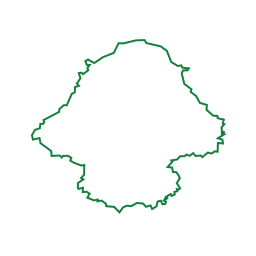 Niquelândia, Goiás, Brazil, rotated 256°
{"feature_id": "56859067B74347687332903", "entity_name": "Niquelândia", "entity_type": "district", "adm_level": 2, "iso_a3": "BRA", "parent_name": "Brazil", "parent_adm1": "Goiás", "projection": "equal_earth", "projection_center": [-48.44, -14.478], "detail": "medium", "context": "isolated", "style": "outline", "palette": "green", "viewbox_px": 256, "rotation_deg": 256, "n_neighbors": 0, "source": "geoboundaries", "source_scale": "gbopen_adm2", "svg_char_len": 1839}
<svg xmlns="http://www.w3.org/2000/svg" viewBox="0 0 256 256"><g transform="rotate(256 128 128)"><path d="M211.1,157.0L211.2,144.1L212.5,139.4L204.3,132.3L202.8,120.8L199.2,111.0L204.1,105.7L203.2,102.8L199.1,103.4L198.4,106.1L196.1,103.1L193.6,103.4L191.1,97.3L192.9,96.3L193.1,93.5L187.8,93.9L183.6,89.2L180.8,90.6L180.6,86.6L175.5,85.0L174.7,81.7L164.8,74.0L165.7,71.4L163.0,66.0L160.3,65.0L156.1,47.9L153.9,48.2L152.6,46.8L153.3,44.0L149.2,42.5L148.6,37.3L144.4,33.1L139.8,33.0L139.6,39.7L134.5,39.4L124.2,47.9L119.4,47.1L117.8,55.1L115.4,56.5L116.6,58.0L115.6,62.9L112.8,65.8L110.4,64.1L107.5,67.0L102.9,73.6L102.7,76.6L93.2,74.1L90.8,70.4L88.9,72.2L86.7,66.1L82.4,65.0L80.9,65.2L80.9,69.8L76.8,68.6L76.2,72.3L73.6,74.9L70.2,71.7L66.0,77.5L65.9,81.2L64.3,80.6L63.9,84.9L59.6,88.4L57.4,88.0L54.8,95.5L48.2,99.3L52.2,104.0L52.9,108.0L51.4,112.1L53.1,118.5L51.1,124.3L47.2,126.4L47.4,131.1L43.5,131.8L45.1,136.7L49.5,139.0L49.5,142.3L45.7,143.0L45.3,145.8L47.1,147.0L48.9,145.3L50.3,149.2L51.5,148.9L50.8,147.0L52.0,148.0L53.6,153.5L51.6,153.8L52.1,157.2L54.8,157.6L54.7,160.5L56.9,160.6L56.0,162.7L57.1,163.9L62.7,162.0L66.8,166.2L71.0,165.3L73.5,164.1L74.4,161.0L78.9,161.2L80.6,157.1L84.7,163.0L86.0,162.3L85.6,168.2L88.0,171.7L86.9,176.2L88.1,178.3L86.1,181.1L87.9,185.1L84.5,186.8L83.7,192.0L81.7,193.0L84.9,199.5L83.0,203.0L84.4,206.4L83.3,209.2L91.7,211.6L90.0,216.4L93.9,216.8L96.3,212.7L98.5,219.6L99.2,217.6L100.8,217.9L100.4,220.8L102.0,218.3L106.0,218.9L108.4,222.4L109.3,221.0L113.0,223.0L115.8,217.4L118.1,217.7L119.3,213.7L126.6,208.6L131.3,210.1L135.0,203.8L142.6,201.8L147.8,197.6L150.3,198.9L157.2,193.3L167.9,193.3L170.5,195.2L169.6,199.8L171.1,201.5L173.3,195.4L175.9,194.9L176.0,191.5L181.6,185.9L193.4,184.4L199.3,179.5L205.9,166.5L209.3,165.3L211.1,157.0Z" fill="none" stroke="#15803d" stroke-width="2"/></g></svg>